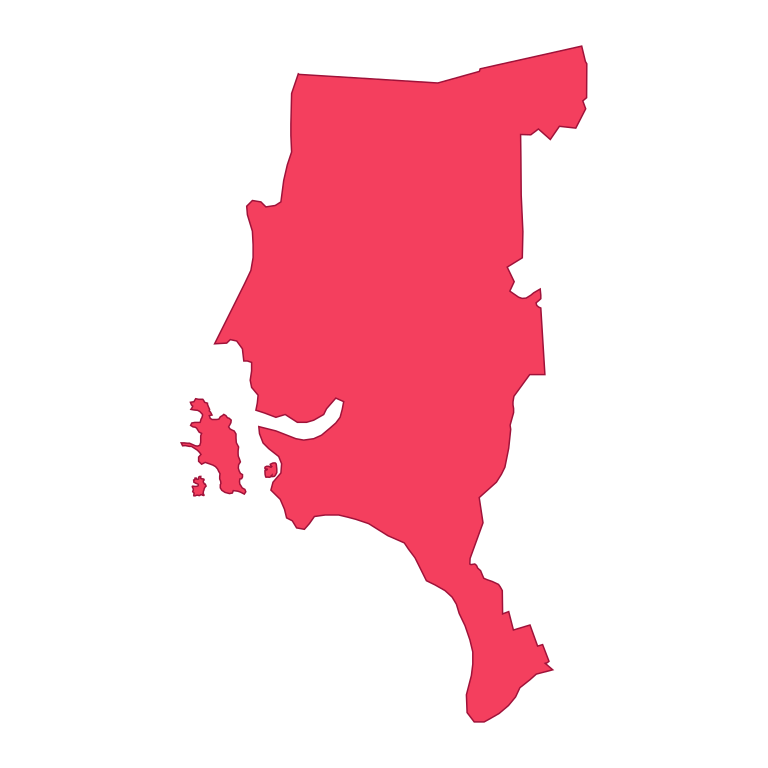 outline of Manjung, Perak, Malaysia
{"feature_id": "92858781B15023786189250", "entity_name": "Manjung", "entity_type": "district", "adm_level": 2, "iso_a3": "MYS", "parent_name": "Malaysia", "parent_adm1": "Perak", "projection": "orthographic", "projection_center": [100.622, 4.278], "detail": "fine", "context": "isolated", "style": "filled", "palette": "rose", "viewbox_px": 768, "rotation_deg": 0, "n_neighbors": 0, "source": "geoboundaries", "source_scale": "gbopen_adm2", "svg_char_len": 5559}
<svg xmlns="http://www.w3.org/2000/svg" viewBox="0 0 768 768"><path d="M437.9,83.0L299.2,74.4L298.3,73.8L291.6,93.5L290.9,124.2L290.9,135.6L291.6,152.0L287.3,164.9L283.7,180.5L280.9,201.9L275.2,205.5L265.9,206.9L260.9,201.9L252.4,200.5L246.7,206.2L247.4,214.8L252.4,231.2L253.1,244.7L253.1,257.6L250.9,270.4L244.5,283.9L233.1,306.8L214.6,343.8L226.7,343.1L230.3,339.6L236.7,341.0L242.4,348.8L243.8,361.0L247.4,361.0L251.6,362.4L251.6,371.0L250.2,380.2L251.6,387.4L258.1,395.2L257.3,403.1L255.9,410.2L264.5,413.0L275.9,417.3L285.2,414.5L297.3,422.3L306.6,422.3L313.7,420.2L323.7,414.5L326.5,408.8L335.8,398.1L343.7,401.6L342.2,409.5L340.1,417.3L335.8,423.0L330.1,428.0L321.5,435.2L313.7,438.7L303.7,440.1L295.9,438.7L275.9,430.9L258.8,426.6L259.5,433.7L263.1,443.0L268.8,448.7L278.7,456.5L281.6,463.7L280.9,473.0L273.0,482.2L270.9,490.1L280.2,499.3L284.5,509.3L286.6,517.9L292.3,520.8L296.6,527.9L304.4,529.3L309.4,523.6L314.4,516.5L325.1,515.0L338.7,515.0L347.9,517.2L355.8,519.3L368.6,523.6L387.9,535.7L404.3,542.9L408.6,549.3L415.0,557.8L418.6,565.0L426.4,580.7L435.0,584.9L445.0,590.6L452.1,597.1L456.4,604.2L459.2,613.5L465.0,625.6L469.9,639.9L472.8,652.0L472.8,664.1L471.4,675.5L466.4,694.8L467.1,712.6L474.2,721.9L480.0,721.9L484.2,721.9L490.7,718.3L499.2,713.4L508.5,705.5L515.6,696.9L519.9,687.7L529.9,679.8L536.3,674.1L552.7,669.8L545.2,663.3L547.3,662.7L549.0,661.3L542.6,644.6L537.6,646.1L530.0,625.0L513.4,630.0L508.7,611.6L502.6,613.9L502.3,590.6L500.2,586.8L498.5,584.4L495.5,583.0L492.3,581.5L487.1,579.7L483.8,578.3L482.4,575.1L480.6,570.7L477.7,568.1L476.5,565.4L474.8,564.0L471.0,564.6L469.8,564.0L470.1,558.4L483.0,522.8L479.2,497.6L496.4,482.2L501.4,474.3L504.9,467.2L508.7,448.3L510.7,429.3L510.1,425.2L513.6,412.6L513.6,408.5L513.0,405.0L513.0,401.8L513.9,396.3L529.7,374.6L544.9,374.6L540.8,308.0L538.7,307.1L536.7,305.4L536.1,302.8L539.0,300.4L540.8,298.7L540.8,295.2L540.2,289.0L533.7,292.8L530.8,295.2L526.1,298.1L522.1,298.4L518.6,297.2L509.8,291.1L514.2,281.7L507.2,267.1L522.3,257.8L522.9,231.8L521.2,195.0L520.9,157.9L520.6,134.5L530.8,134.8L538.4,129.0L550.3,139.5L559.4,126.3L575.8,128.1L585.7,108.8L582.8,100.9L586.6,97.7L586.8,63.8L585.4,61.5L581.7,46.1L480.2,68.8L479.4,71.4L438.1,82.9L437.9,83.0ZM195.7,398.7L193.9,401.7L190.4,402.3L191.5,405.0L192.7,406.1L192.1,407.6L190.9,409.4L194.2,410.0L197.5,410.3L199.8,411.5L202.5,414.4L202.5,415.6L201.9,417.7L201.0,419.2L200.4,421.6L200.1,422.4L196.6,422.4L194.8,422.4L191.8,423.0L190.6,425.4L193.0,426.9L195.1,427.2L196.6,428.1L197.5,429.6L199.2,432.2L201.6,433.4L200.7,435.8L200.7,438.4L200.7,442.3L199.8,445.3L197.5,446.1L195.4,445.8L189.5,443.2L187.1,443.2L184.4,442.9L181.2,442.9L182.6,445.8L185.3,445.6L189.5,446.4L191.5,446.4L195.7,449.1L197.5,450.3L199.5,452.4L201.0,454.4L198.6,457.1L198.6,459.5L198.6,461.3L201.6,464.2L205.2,462.4L209.6,463.9L212.9,465.1L215.5,466.6L217.6,469.0L218.5,471.0L220.0,473.7L219.7,476.4L219.7,479.0L220.6,481.1L220.9,483.5L220.3,484.7L220.3,487.9L221.8,490.3L225.0,492.4L229.5,493.6L232.4,493.0L233.3,490.6L237.8,491.2L240.4,492.1L244.3,494.1L245.8,491.8L244.9,489.4L242.2,487.9L241.0,485.9L239.8,484.1L239.5,481.7L239.8,479.0L241.6,478.7L242.5,477.0L242.5,474.6L240.4,473.4L239.2,471.0L238.3,468.1L238.6,464.8L240.4,461.9L239.5,459.2L238.3,456.2L238.1,453.9L238.1,450.9L238.6,447.0L237.2,444.4L236.3,442.6L236.0,438.1L236.0,434.0L234.2,431.0L231.8,429.9L230.1,429.0L228.6,426.9L229.8,424.8L230.9,422.7L231.2,420.1L229.2,418.3L227.4,417.7L225.9,415.6L223.8,414.4L222.4,415.6L220.3,416.8L219.4,418.3L218.8,419.2L216.4,419.5L214.4,419.5L212.0,419.5L210.2,418.3L209.3,415.6L212.0,415.0L210.5,412.1L209.3,410.9L209.6,409.4L208.4,406.7L207.5,404.4L207.5,403.2L204.6,402.3L203.7,400.5L202.8,399.3L198.7,399.3L195.7,398.7ZM203.8,479.1L203.0,478.9L202.2,478.8L201.3,478.7L200.6,478.1L200.8,477.4L200.8,476.4L199.5,476.5L199.0,476.8L198.6,477.4L198.6,477.9L198.6,478.7L198.5,479.1L197.1,479.4L196.7,479.2L196.5,478.4L196.1,478.0L195.5,478.1L195.0,478.1L194.9,478.5L195.0,479.4L194.7,479.7L194.0,479.8L193.6,480.1L193.9,480.7L193.8,481.7L193.8,482.1L194.3,482.5L195.1,482.8L195.6,483.2L196.5,483.5L197.5,483.9L198.2,484.3L198.4,485.0L198.1,485.8L197.5,486.1L196.8,486.3L196.1,486.4L195.2,486.4L193.6,486.3L192.9,486.1L192.3,486.4L192.4,486.8L192.5,487.4L192.8,487.9L193.2,488.5L193.3,489.5L193.3,490.3L192.9,490.9L192.7,491.4L192.9,491.9L193.4,492.4L194.0,493.0L194.0,493.8L193.9,494.6L193.7,495.3L194.0,495.9L194.6,495.8L195.4,495.8L196.1,495.4L197.0,495.2L197.8,495.2L198.4,495.4L199.1,495.6L199.7,495.5L200.2,495.1L200.6,494.7L201.2,494.7L202.0,494.7L202.3,495.1L202.5,495.2L203.4,495.5L203.9,495.4L203.8,494.4L203.0,493.4L203.3,492.5L203.4,491.8L203.4,491.1L203.7,490.6L204.0,489.9L204.1,489.1L204.4,488.3L204.8,487.6L205.2,487.0L206.1,486.1L205.3,484.1L204.6,484.2L204.4,483.9L204.1,483.3L203.8,482.9L203.4,482.3L203.3,481.5L203.3,481.0L203.6,480.4L204.0,480.2L204.1,479.8L203.8,479.1ZM276.5,466.4L276.4,465.0L276.0,463.6L275.1,462.9L273.0,463.0L272.2,463.3L271.3,463.8L270.3,464.2L270.2,464.7L270.5,465.3L270.9,465.7L271.8,466.5L271.0,467.3L270.1,467.0L269.6,466.7L268.6,466.3L267.8,466.3L266.6,466.3L265.2,467.0L264.9,467.6L264.9,468.4L265.3,468.9L266.1,469.0L267.1,469.0L267.3,469.4L266.7,470.0L265.7,470.1L265.1,470.3L264.9,470.9L265.0,471.8L265.0,472.7L265.1,474.5L265.7,477.0L266.3,477.2L267.2,477.1L268.2,477.1L269.1,477.3L270.1,477.1L270.9,476.6L271.1,475.9L271.9,475.2L271.8,475.8L271.8,476.6L272.6,476.6L273.6,476.5L274.4,476.3L275.4,475.2L276.8,472.6L276.8,469.0L276.5,466.4Z" fill="#f43f5e" stroke="#9f1239" stroke-width="1.5"/></svg>